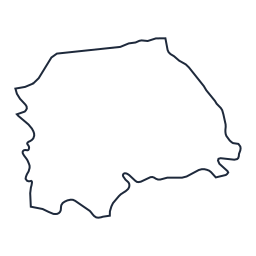 the border of Suceava
{"feature_id": "ROU-311", "entity_name": "Suceava", "entity_type": "County", "adm_level": 1, "iso_a3": "ROU", "parent_name": "Romania", "parent_adm1": "", "projection": "albers", "projection_center": [25.683, 47.513], "detail": "fine", "context": "isolated", "style": "outline", "palette": "slate", "viewbox_px": 256, "rotation_deg": 0, "n_neighbors": 0, "source": "natural_earth", "source_scale": "10m", "svg_char_len": 2115}
<svg xmlns="http://www.w3.org/2000/svg" viewBox="0 0 256 256"><path d="M147.7,41.0L155.9,38.4L165.4,38.3L167.6,50.0L168.6,52.2L170.5,54.1L174.0,56.2L179.2,60.7L185.8,64.4L188.9,67.4L203.8,86.1L206.3,90.3L215.0,101.0L216.6,103.7L220.8,108.0L222.2,110.2L223.4,114.4L225.6,124.4L225.7,126.9L225.4,129.7L225.4,131.9L225.7,134.1L226.4,136.0L229.7,140.5L231.6,142.2L233.0,143.1L238.4,143.9L240.3,146.5L240.6,148.3L240.3,150.4L239.0,153.9L238.8,156.2L238.2,158.1L237.1,159.1L234.3,159.7L220.6,158.2L218.5,158.8L218.0,160.6L219.4,163.8L227.5,171.1L228.2,172.5L227.1,174.0L225.8,175.0L215.8,177.4L211.1,172.2L209.2,170.7L206.9,169.8L204.4,169.2L201.8,169.2L198.8,170.0L186.6,176.5L181.9,177.7L167.2,177.7L160.4,179.5L157.9,179.5L155.8,178.7L154.1,177.6L152.3,177.0L150.4,177.2L140.8,181.7L138.5,182.1L136.9,181.9L135.2,180.7L129.2,175.1L127.4,173.9L125.8,173.3L124.4,173.3L123.4,174.0L122.9,175.1L123.2,176.4L125.5,179.7L128.2,182.1L129.1,183.5L129.4,185.1L129.2,186.9L128.2,188.9L126.0,190.9L120.9,194.2L118.9,196.1L113.0,203.1L111.4,206.4L109.9,211.4L109.8,215.7L102.9,216.7L101.0,217.3L98.3,217.7L96.2,217.4L94.1,216.0L92.5,214.2L91.2,212.5L89.8,210.9L75.1,200.8L72.9,199.8L70.6,199.7L67.4,200.4L64.8,201.6L62.7,203.0L61.3,205.2L61.0,207.0L60.9,208.8L60.7,210.4L60.0,211.9L58.8,213.1L57.1,213.9L55.1,214.0L53.4,213.9L48.6,211.9L42.6,209.0L30.8,206.7L30.2,193.2L30.9,187.5L31.5,185.4L32.0,182.5L31.8,181.4L31.1,180.9L30.1,181.2L28.7,181.3L27.1,180.8L25.6,178.8L25.9,176.9L26.9,174.3L28.6,171.4L29.6,167.9L29.6,165.8L29.0,163.9L27.5,160.4L26.5,158.8L24.0,155.5L22.8,153.4L22.6,152.0L23.2,150.8L24.1,150.2L25.3,150.0L26.3,150.1L27.3,150.3L28.1,150.1L28.7,149.5L29.1,147.8L28.9,146.5L28.3,145.4L27.6,144.5L27.2,143.6L27.5,142.7L28.5,141.8L30.1,141.1L31.8,140.0L33.3,138.4L34.2,135.7L34.1,133.5L33.4,131.4L31.9,128.6L28.5,124.5L18.3,115.9L16.9,114.3L24.7,111.6L25.8,110.4L26.8,108.6L26.6,106.5L25.5,104.7L20.0,98.8L16.9,93.8L15.4,88.6L25.1,86.9L33.2,83.5L33.2,83.4L33.3,83.4L38.7,78.2L51.4,57.5L56.9,53.6L120.3,46.9L128.8,43.4L135.5,42.5L139.4,40.8L141.6,40.4L147.7,41.0Z" fill="none" stroke="#1e293b" stroke-width="2"/></svg>